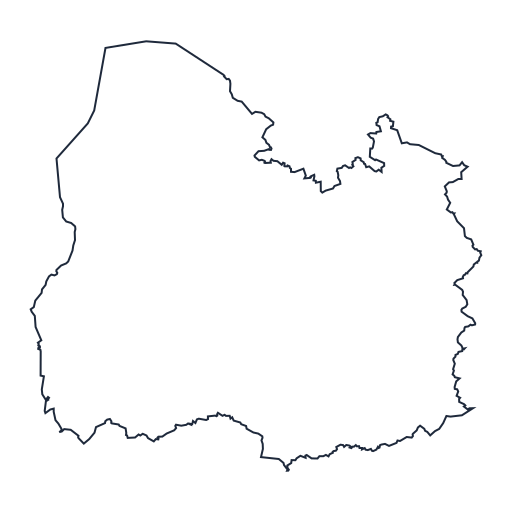 the district of Newport Lea-4, North Tipperary, Ireland
{"feature_id": "5873133B73905952621151", "entity_name": "Newport Lea-4", "entity_type": "district", "adm_level": 2, "iso_a3": "IRL", "parent_name": "Ireland", "parent_adm1": "North Tipperary", "projection": "albers", "projection_center": [-8.21, 52.789], "detail": "fine", "context": "isolated", "style": "outline", "palette": "slate", "viewbox_px": 512, "rotation_deg": 0, "n_neighbors": 0, "source": "geoboundaries", "source_scale": "gbopen_adm2", "svg_char_len": 6026}
<svg xmlns="http://www.w3.org/2000/svg" viewBox="0 0 512 512"><path d="M462.1,162.2L459.5,165.4L453.0,166.0L446.3,162.8L446.3,161.7L444.9,159.8L442.2,157.9L442.7,156.2L441.8,156.2L441.2,154.5L435.2,153.2L418.8,145.0L410.0,144.2L407.0,142.4L401.8,143.3L397.2,130.2L391.0,128.2L391.1,126.6L392.9,126.2L393.4,121.7L390.1,120.8L390.4,119.3L387.5,117.2L388.1,116.2L387.4,115.3L385.7,114.4L382.8,116.3L379.3,117.1L378.1,119.0L377.6,122.2L376.3,122.8L376.6,125.1L379.5,126.3L380.9,131.3L376.4,132.0L376.2,133.5L370.4,133.1L368.0,134.5L370.7,137.7L373.1,138.6L374.0,141.4L372.8,147.6L372.1,148.6L370.3,148.5L369.8,156.8L375.1,160.2L376.0,159.5L384.1,163.1L384.2,165.9L381.4,167.7L381.6,171.9L378.7,169.7L376.3,171.5L374.6,171.1L369.2,166.4L366.2,167.2L365.1,164.0L364.0,163.7L363.7,162.2L360.7,160.3L360.6,158.4L357.9,157.2L355.4,158.1L355.6,159.9L352.4,162.0L352.8,164.4L352.3,164.8L353.4,166.3L351.4,168.0L350.1,167.4L349.0,168.0L345.1,165.3L343.0,166.0L341.7,167.9L337.4,168.6L336.8,171.1L337.6,171.7L338.3,175.2L338.0,177.7L340.0,181.1L340.4,183.9L334.5,186.0L333.0,188.5L325.7,190.6L322.3,192.6L320.8,191.1L320.7,181.7L315.9,182.7L315.8,180.8L313.5,180.4L314.4,176.3L314.2,174.8L310.9,176.3L310.4,176.7L310.8,177.5L310.1,177.9L304.4,178.4L305.8,175.6L303.4,168.7L294.6,172.1L291.0,171.8L291.0,168.8L289.8,167.9L289.5,166.3L287.6,165.5L287.3,166.3L284.7,166.3L284.3,166.0L284.6,163.3L283.6,162.9L283.1,162.7L281.7,164.8L277.4,161.2L273.5,160.8L271.5,159.2L270.5,161.1L270.8,162.7L265.0,163.0L264.4,162.7L265.0,161.3L264.2,160.7L261.8,159.8L259.1,160.4L254.8,156.8L254.5,155.5L258.5,151.2L264.2,150.8L268.9,149.1L269.2,149.8L271.0,149.9L271.5,148.5L270.8,147.3L270.1,147.4L269.0,144.8L266.4,142.8L265.4,139.9L262.4,137.3L266.2,129.2L270.8,125.6L273.1,124.7L273.4,122.4L268.8,118.3L265.5,116.6L264.2,114.2L261.5,112.7L255.4,111.8L252.0,113.9L241.7,101.6L237.6,100.8L232.8,97.8L231.8,94.3L230.0,91.2L230.4,83.8L230.0,80.7L228.7,78.9L226.7,79.2L224.1,76.5L224.5,76.0L223.6,74.9L175.7,43.6L146.2,41.3L105.5,47.9L94.2,110.5L87.8,123.4L56.5,158.5L60.0,197.2L63.0,203.7L63.0,206.3L62.2,209.8L62.9,217.4L66.2,221.5L71.2,223.0L75.1,226.4L75.4,229.1L74.7,232.0L75.0,240.1L73.3,245.4L72.5,250.6L68.2,261.5L66.2,263.4L61.1,265.5L56.5,269.9L56.3,271.2L57.3,272.9L56.8,274.2L54.5,275.4L51.4,274.6L49.0,276.4L46.3,281.4L45.6,284.9L42.0,289.4L41.6,292.9L35.3,300.6L33.8,307.1L30.7,309.3L31.7,311.8L34.8,315.9L35.6,327.0L41.3,340.3L37.9,342.7L38.8,344.0L38.3,345.2L39.9,346.3L39.9,347.4L38.5,347.5L38.2,348.9L40.4,349.8L40.7,351.4L40.6,375.6L43.9,376.3L41.8,389.4L42.3,394.3L45.8,399.8L48.0,397.0L49.0,397.8L47.9,399.3L48.2,399.8L45.9,401.3L44.7,410.9L45.4,413.1L50.3,409.5L53.7,408.6L53.7,411.8L55.5,420.2L58.4,423.6L61.5,428.9L61.4,430.5L59.3,432.1L61.8,431.5L64.2,429.1L70.7,429.8L78.5,435.8L78.1,437.1L78.5,438.1L83.8,443.6L89.2,439.1L94.5,432.7L96.0,427.1L105.0,423.1L105.3,421.2L107.2,419.6L109.9,419.0L111.4,421.3L111.2,422.9L111.8,423.4L118.7,424.5L119.5,425.9L125.6,428.4L126.3,433.0L126.0,435.0L127.1,435.5L127.7,437.9L135.1,437.5L138.6,434.5L140.3,435.5L142.7,433.8L146.5,435.5L148.0,438.1L153.8,441.4L155.8,439.1L158.3,439.4L158.5,438.4L157.6,437.5L158.4,436.7L162.3,436.6L166.7,433.5L174.2,430.3L176.1,428.1L175.3,425.9L176.0,424.7L181.3,425.7L186.3,424.8L188.0,423.5L190.5,424.5L190.2,423.8L192.2,424.2L193.0,421.0L195.4,423.0L196.9,419.4L198.8,418.7L206.2,420.0L208.0,419.1L207.9,416.4L215.1,415.6L216.5,416.2L217.3,415.6L217.1,414.3L217.9,412.8L222.5,415.8L224.6,414.8L226.0,415.9L229.7,415.8L230.5,418.6L232.2,417.3L233.7,420.6L240.3,422.5L241.2,424.2L246.1,426.0L246.6,428.7L253.4,432.5L258.3,433.6L262.3,436.3L262.5,437.8L261.5,440.4L262.7,443.9L262.9,448.9L261.0,457.1L278.8,459.0L283.5,462.9L284.0,465.0L287.6,469.7L287.1,470.7L288.3,470.6L288.8,469.7L287.6,468.1L287.3,465.5L291.2,463.1L291.6,460.1L295.4,460.2L296.6,458.3L300.4,455.8L305.6,457.8L305.4,455.6L306.7,455.0L311.6,458.4L317.5,458.5L319.4,456.2L323.3,456.2L325.9,454.9L328.5,456.4L329.7,454.2L332.8,452.8L332.6,452.0L333.5,451.1L335.9,450.7L337.0,449.2L336.3,447.0L340.5,444.7L343.1,445.1L344.1,446.9L346.3,445.0L349.5,445.6L350.9,446.8L349.9,447.6L351.4,448.1L352.4,446.7L353.9,446.7L355.8,445.1L356.8,446.3L359.1,446.2L359.5,448.0L362.2,448.0L362.0,449.4L364.7,448.1L365.6,449.7L367.8,450.1L370.9,448.9L372.0,450.8L373.1,451.1L376.4,449.6L377.9,446.9L378.6,448.0L379.5,447.6L380.0,445.2L381.3,444.6L385.0,443.9L389.0,445.9L396.5,442.9L397.5,440.5L400.0,441.0L406.7,437.0L411.7,437.6L412.9,436.1L412.6,434.3L413.0,433.7L416.7,430.4L417.9,427.5L420.1,425.7L424.3,428.8L425.1,430.8L427.3,431.9L430.2,435.4L435.0,431.1L439.2,428.9L443.2,423.1L446.4,416.0L450.5,416.6L461.9,415.3L473.0,408.2L469.4,408.3L467.8,409.5L463.9,406.5L465.3,405.4L464.1,404.2L459.2,401.9L459.1,398.9L460.1,397.8L456.6,395.8L458.2,391.5L457.2,389.3L454.8,388.9L454.6,387.1L456.2,381.4L459.6,378.4L454.8,377.2L454.3,375.8L452.6,374.4L453.9,370.6L453.1,369.2L454.8,363.7L453.3,360.1L453.5,358.6L455.4,356.7L455.5,354.9L457.8,353.9L458.5,351.9L462.2,351.1L462.4,349.0L463.8,349.4L464.7,348.4L462.9,348.8L461.4,345.5L457.9,342.4L457.5,339.3L457.9,337.0L461.3,332.5L464.2,330.6L464.5,328.0L465.2,326.9L468.3,326.4L470.5,324.7L471.9,325.3L475.1,324.5L475.2,323.2L472.4,318.4L467.7,316.2L461.6,311.7L461.4,309.9L462.2,308.6L465.7,306.8L467.3,304.3L466.6,300.1L462.7,295.0L463.0,291.7L462.2,289.9L455.2,284.7L454.4,284.8L454.8,284.0L454.4,283.0L457.3,280.1L463.0,278.3L462.8,276.9L463.7,275.2L465.0,274.7L465.9,273.2L467.4,273.4L467.6,272.3L473.4,266.5L473.8,264.5L476.4,262.5L477.3,262.7L477.4,261.6L478.9,260.6L479.5,257.6L481.3,255.2L480.2,252.6L480.7,251.3L477.8,250.7L476.7,249.1L475.1,249.4L472.7,246.9L472.5,245.6L473.4,244.7L471.2,239.4L466.8,237.9L464.9,236.1L464.0,228.2L457.2,221.3L453.8,214.1L454.3,213.4L453.2,213.4L452.4,212.2L450.9,212.5L446.8,209.5L450.2,202.8L448.0,199.6L447.1,196.6L445.0,194.4L446.6,192.7L446.8,191.3L444.8,186.4L449.0,182.4L452.8,182.1L458.3,179.0L461.6,179.0L461.2,172.2L467.6,166.7L464.2,165.2L462.1,162.2Z" fill="none" stroke="#1e293b" stroke-width="2"/></svg>